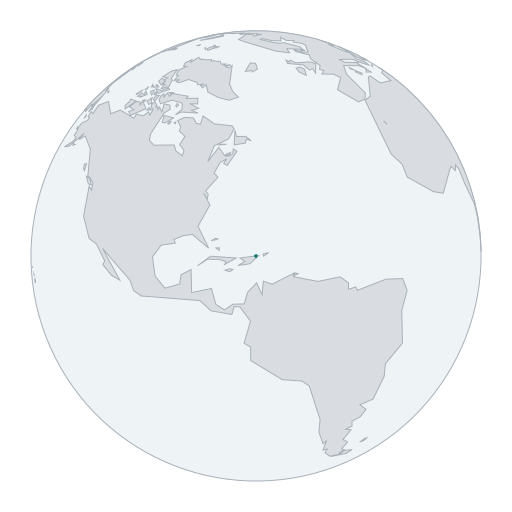 El Seybo highlighted on a globe, orthographic projection, rotated 336°
{"feature_id": "DOM-1986", "entity_name": "El Seybo", "entity_type": "Province", "adm_level": 1, "iso_a3": "DOM", "parent_name": "Dominican Republic", "parent_adm1": "", "projection": "orthographic", "projection_center": [-69.039, 18.789], "detail": "fine", "context": "on_globe", "style": "filled", "palette": "teal", "viewbox_px": 512, "rotation_deg": 336, "n_neighbors": 0, "source": "natural_earth", "source_scale": "10m", "svg_char_len": 9553}
<svg xmlns="http://www.w3.org/2000/svg" viewBox="0 0 512 512"><g transform="rotate(336 256 256)"><circle cx="256" cy="256" r="225" fill="#eef3f6" stroke="#a8b0b8"/><path d="M220.6,296.0L215.4,293.4L210.1,299.6L192.5,287.7L186.6,273.9L135.0,245.9L130.2,238.1L131.0,226.9L118.9,186.7L121.8,222.8L116.1,214.8L112.5,201.4L115.8,199.0L115.1,180.2L110.7,172.0L114.7,149.5L132.0,124.3L132.6,129.1L136.7,123.2L136.2,117.1L134.8,114.7L148.1,91.1L148.8,77.0L141.4,77.6L148.9,74.1L130.0,79.6L125.5,78.3L135.2,76.9L139.8,74.6L139.0,71.9L143.5,69.1L145.8,66.4L151.2,63.6L156.5,63.7L160.1,62.1L159.3,60.4L164.3,57.0L164.9,59.6L173.7,54.2L184.1,54.9L181.1,67.0L191.4,67.4L200.5,80.6L204.3,77.8L210.1,82.0L216.6,80.7L216.4,84.2L221.7,80.3L220.7,77.4L222.6,74.9L226.4,74.0L226.8,78.1L225.0,79.1L227.1,79.9L225.7,82.4L228.5,80.7L228.6,86.1L234.0,79.7L238.7,83.1L237.3,87.1L230.2,88.0L209.3,101.6L205.7,107.0L207.7,113.2L226.5,121.3L225.5,127.3L229.4,134.4L233.2,130.2L231.6,123.2L239.8,117.8L236.8,110.6L239.7,107.6L239.5,100.4L247.3,100.4L255.0,104.5L255.5,110.7L258.9,112.9L264.7,106.5L271.7,118.4L287.0,127.3L287.9,130.9L278.6,137.9L262.6,138.4L250.4,150.1L266.2,141.7L268.4,152.0L272.1,153.6L276.5,153.0L278.8,148.9L281.2,152.6L266.5,161.6L264.1,158.3L268.7,155.3L261.3,156.0L251.4,163.3L253.3,168.5L236.4,176.0L237.5,180.1L234.4,184.4L233.8,177.2L234.7,190.6L215.1,205.2L215.9,229.5L206.6,210.4L198.0,207.8L187.6,207.6L187.5,211.5L173.9,207.5L161.1,214.6L155.6,233.3L159.7,248.4L174.9,250.5L179.8,242.7L191.2,241.9L182.3,263.2L202.1,267.6L199.6,283.8L205.3,292.4L215.4,290.7L225.8,295.0L233.4,285.8L245.6,280.8L245.7,293.9L252.5,282.0L259.3,288.3L283.6,287.1L281.7,290.1L302.2,304.4L324.4,309.3L329.6,318.1L326.9,324.0L334.6,324.9L334.7,328.6L365.3,330.0L380.8,336.3L380.1,348.8L366.9,365.2L354.4,395.1L330.5,407.0L324.1,418.1L304.8,434.3L290.4,434.2L294.2,440.8L285.9,445.2L276.5,445.9L274.6,450.4L267.6,450.7L272.1,453.4L260.8,459.0L264.0,463.2L255.8,467.0L258.1,469.2L255.0,469.1L251.7,469.9L251.4,471.0L241.8,468.8L239.0,463.8L242.4,461.2L238.2,460.6L245.3,453.3L240.9,454.7L241.8,442.5L248.0,431.5L251.8,396.4L246.9,388.8L229.6,379.6L208.6,349.3L214.1,337.1L209.6,330.9L224.4,313.4L220.6,296.0ZM43.3,190.9L45.0,185.9L44.2,189.8L43.3,190.9ZM45.9,182.4L45.3,184.2L45.8,182.6L45.9,182.4ZM46.1,180.9L45.9,182.0L45.9,181.3L46.1,180.9ZM46.2,179.6L46.2,180.1L46.2,179.6ZM214.4,237.7L237.1,249.8L223.9,251.0L226.4,248.9L220.8,244.0L210.1,239.2L198.6,241.2L214.4,237.7ZM47.0,176.0L47.2,175.0L47.4,175.0L47.0,176.0ZM225.2,224.7L221.3,223.7L225.2,223.7L225.2,224.7ZM133.5,114.2L135.7,117.4L134.5,124.2L132.2,121.8L133.5,114.2ZM136.4,102.4L138.7,102.7L133.9,108.3L134.0,106.4L136.4,102.4ZM135.2,79.2L136.1,80.6L133.7,80.3L135.2,79.2ZM145.1,66.6L143.4,67.2L145.3,65.6L145.1,66.6ZM235.2,101.0L237.3,100.8L236.3,102.2L235.2,101.0ZM233.2,98.4L230.5,100.3L229.1,99.3L230.8,98.1L233.2,98.4ZM155.4,60.0L158.9,57.6L156.2,60.0L155.4,60.0ZM236.9,96.3L227.0,97.4L224.7,95.8L229.2,90.1L236.9,96.3ZM161.6,56.3L170.1,51.1L167.0,51.8L180.5,47.6L168.8,53.0L165.9,55.6L164.9,55.0L161.6,56.3ZM218.7,76.9L220.0,79.9L215.5,78.3L218.7,76.9ZM215.3,76.6L198.5,76.5L198.4,72.2L204.0,72.8L201.1,68.3L209.4,66.1L212.8,68.2L211.2,71.3L215.6,68.2L215.3,76.6ZM186.6,46.5L189.4,45.5L187.4,46.6L186.6,46.5ZM223.1,73.8L219.7,73.9L219.4,70.1L226.1,69.1L224.0,70.6L223.1,73.8ZM196.3,68.4L197.3,65.6L204.2,63.0L205.5,61.7L209.5,65.7L196.3,68.4ZM226.0,71.1L229.5,68.8L233.1,69.9L226.4,73.4L226.0,71.1ZM216.4,69.6L216.6,67.9L218.7,68.5L216.4,69.6ZM247.6,73.5L243.6,73.3L243.1,71.2L247.6,73.5ZM230.6,67.8L229.4,67.5L228.7,66.8L231.7,65.6L230.6,67.8ZM214.1,63.8L216.8,63.5L212.8,62.0L217.9,60.3L219.7,63.5L221.0,61.4L222.5,61.0L222.3,64.1L214.1,63.8ZM232.7,62.3L236.7,66.3L244.4,66.8L245.0,68.6L232.6,67.6L232.7,62.3ZM226.6,63.0L230.5,62.9L229.4,65.0L226.0,66.3L226.6,63.0ZM220.7,58.2L212.5,59.9L212.4,59.2L220.7,58.2ZM235.2,62.0L234.2,61.1L235.9,61.8L235.2,62.0ZM225.4,58.8L222.5,59.4L222.5,58.6L225.4,58.8ZM234.5,58.9L235.8,60.1L233.5,61.0L234.5,58.9ZM230.5,58.5L231.2,57.3L232.0,60.5L229.2,58.9L230.5,58.5ZM225.8,57.9L224.8,57.7L227.0,57.8L225.8,57.9ZM242.4,55.3L244.0,59.3L238.9,61.0L238.1,56.8L242.4,55.3ZM258.0,473.0L242.7,469.6L251.2,471.3L257.0,469.5L265.1,471.9L258.0,473.0ZM275.0,468.1L281.8,466.8L283.4,467.3L279.1,468.4L275.0,468.1ZM430.8,113.9L435.5,121.9L429.2,115.4L419.4,101.5L416.1,97.5L430.8,113.9ZM410.4,92.0L408.7,90.7L401.3,84.0L407.1,89.7L409.3,91.3L413.0,95.3L411.2,94.2L408.7,91.6L408.6,92.6L420.7,105.5L424.3,108.5L427.9,116.6L434.1,122.6L437.2,127.9L427.9,119.7L424.1,115.4L411.8,110.2L416.1,115.2L428.0,120.8L427.0,121.6L432.9,129.6L427.6,124.1L413.5,117.7L412.6,126.6L422.2,151.5L419.4,156.9L412.3,156.9L398.1,137.3L405.8,127.6L400.9,121.5L390.2,116.5L393.4,114.3L390.0,111.4L392.0,107.9L385.9,97.7L386.6,94.1L375.5,85.4L374.3,82.6L381.2,88.4L386.4,90.9L387.0,83.5L384.6,80.7L377.3,75.9L378.4,74.9L371.3,71.3L367.4,66.1L366.2,69.7L357.6,65.3L350.5,60.2L347.5,59.6L359.0,68.2L363.8,71.2L368.3,72.5L381.1,82.6L382.8,86.3L368.5,79.1L369.3,84.0L357.8,77.1L333.7,56.6L328.1,51.2L337.1,49.5L343.4,52.3L343.3,54.1L351.4,55.7L346.9,54.0L347.8,53.5L339.9,50.0L340.1,49.6L332.0,47.3L331.5,46.4L336.6,47.8L324.3,42.9L320.8,41.0L317.9,40.2L315.8,39.8L312.7,38.1L310.7,37.7L311.0,38.0L307.1,37.4L299.1,36.0L298.5,35.5L301.3,35.9L306.2,36.4L313.8,38.3L313.4,38.2L328.7,42.8L343.7,48.5L358.2,55.2L372.2,63.0L385.6,71.8L398.4,81.4L410.4,92.0ZM310.3,37.4L306.0,36.3L300.0,35.6L295.4,35.0L297.3,34.9L296.3,34.8L293.8,34.4L290.7,33.7L288.1,33.7L261.5,32.3L253.0,31.5L257.7,31.0L238.4,31.7L230.2,32.2L230.5,32.3L221.4,33.6L223.9,33.4L223.3,33.6L201.1,38.6L195.4,39.9L186.1,43.6L186.2,43.8L189.9,42.9L180.5,47.6L167.0,51.8L167.4,50.9L158.7,54.7L160.9,52.5L158.7,53.0L164.5,50.1L171.6,47.1L172.5,46.8L172.3,46.8L188.9,41.0L205.8,36.4L223.1,33.1L240.5,31.3L258.1,30.7L275.7,31.6L293.1,33.8L310.3,37.4ZM463.6,343.4L469.0,328.4L474.5,309.5L476.7,297.4L476.2,275.4L476.7,258.6L475.2,253.9L472.9,259.0L470.6,253.4L468.6,255.4L452.6,274.8L444.3,269.4L426.3,245.5L426.8,231.3L420.9,217.9L419.0,158.0L425.4,156.5L431.5,138.1L433.5,137.9L440.0,148.5L450.5,150.6L445.3,139.7L447.5,138.0L445.1,133.6L453.7,148.1L461.3,163.1L467.6,178.7L472.8,194.8L476.8,211.2L479.5,227.8L481.0,244.6L481.2,261.4L480.2,278.3L477.9,295.0L474.4,311.4L469.6,327.6L463.6,343.4ZM427.5,184.5L429.4,188.7L429.5,188.8L427.5,184.5ZM284.3,286.9L287.3,289.3L283.4,289.5L284.3,286.9ZM221.9,256.4L226.8,256.9L229.3,259.0L225.5,259.6L221.9,256.4ZM263.2,257.0L268.9,258.1L262.9,259.3L263.2,257.0ZM240.7,251.4L258.7,256.7L247.2,260.6L235.8,257.4L243.7,256.4L240.7,251.4ZM222.6,232.4L225.7,233.5L224.7,235.9L222.6,232.4ZM228.1,224.8L226.9,225.0L225.5,222.9L228.1,224.8ZM269.3,151.4L270.5,150.8L275.0,151.1L272.8,152.8L269.3,151.4ZM295.3,142.6L298.5,148.8L294.7,145.3L292.3,148.5L281.2,145.7L287.9,132.6L286.8,138.8L295.3,142.6ZM268.3,139.2L274.6,141.9L267.4,139.5L268.3,139.2ZM369.1,100.8L372.8,101.1L376.4,105.1L375.4,111.4L370.2,105.5L369.1,100.8ZM377.1,100.8L363.1,92.9L363.1,89.2L365.5,92.5L366.9,90.9L371.1,95.8L384.7,100.8L388.8,104.7L384.9,113.2L383.9,107.9L380.4,107.7L377.1,100.8ZM327.5,84.9L321.4,83.0L329.3,77.3L334.0,79.8L333.4,85.8L327.5,86.4L327.5,84.9ZM246.7,86.7L243.9,87.5L243.8,86.2L246.1,84.5L246.7,86.7ZM245.8,73.6L258.9,82.4L256.3,83.6L267.1,88.2L264.5,93.3L257.6,90.0L263.7,97.7L256.4,96.8L261.3,101.9L246.3,94.1L240.0,94.1L248.0,92.0L250.5,87.2L249.7,85.2L242.8,79.6L230.6,78.0L231.2,73.5L234.8,70.9L237.9,70.6L236.5,73.4L241.5,71.0L241.9,75.0L245.8,73.6ZM277.3,50.6L274.5,52.5L284.6,51.2L285.0,54.0L286.1,53.7L289.3,56.0L295.2,58.6L294.3,59.9L297.0,60.4L299.1,62.2L302.5,63.4L302.1,66.3L306.2,68.2L303.7,68.6L310.8,71.1L305.4,70.6L307.7,73.3L311.7,72.3L301.7,88.3L301.7,96.4L304.6,103.7L294.9,102.8L285.9,95.7L278.7,86.6L280.1,79.3L275.5,80.6L274.8,77.6L278.7,77.9L272.2,75.8L272.7,73.5L266.2,67.3L256.5,66.5L253.9,64.5L258.0,63.7L252.5,62.3L258.4,59.7L256.7,58.3L260.8,54.7L269.6,54.6L267.0,53.1L269.9,50.7L277.3,50.6ZM243.8,54.3L254.2,52.7L259.6,53.7L250.3,59.7L251.0,61.3L245.2,65.9L237.6,64.5L239.9,63.3L240.5,61.8L242.7,62.8L241.3,60.9L244.5,59.3L244.3,57.5L247.7,57.4L243.8,54.3ZM431.3,132.7L432.0,131.8L432.2,129.4L435.9,134.7L431.3,132.7ZM421.9,128.4L421.9,126.6L427.3,132.3L426.5,133.5L421.9,128.4ZM417.4,121.2L421.5,126.1L418.8,124.1L417.4,121.2ZM380.7,86.8L380.2,85.0L381.9,85.9L384.3,88.2L380.7,86.8ZM307.3,49.5L304.8,49.9L303.6,49.3L295.8,48.6L294.8,46.8L299.2,46.5L307.3,49.5ZM433.9,117.8L437.4,122.5L436.7,121.7L435.7,120.2L433.9,117.8ZM438.7,128.7L439.8,128.3L439.7,130.2L438.7,128.7ZM305.0,47.4L301.9,47.2L303.3,46.5L305.0,47.4ZM293.7,45.5L294.7,44.5L293.8,46.5L293.7,45.5ZM292.4,36.2L304.3,38.7L312.3,40.3L315.7,40.4L315.9,41.8L303.7,39.3L292.4,36.2ZM265.4,32.6L262.4,33.1L260.3,32.7L260.7,32.5L265.4,32.6ZM266.0,33.0L268.8,34.3L264.9,34.5L263.5,33.5L266.0,33.0ZM287.3,39.6L290.9,40.3L289.7,40.8L287.3,39.6ZM188.5,45.3L189.3,45.5L186.9,46.0L188.5,45.3ZM224.8,33.5L223.6,33.9L220.9,34.2L224.8,33.5ZM218.9,35.3L222.8,34.6L218.9,35.6L218.9,35.3ZM231.6,33.3L224.5,34.5L230.9,33.2L231.6,33.3Z" fill="#d9dde1" stroke="#a8b0b8" stroke-width="1"/><path d="M255.4,255.1L255.5,255.1L255.8,255.2L255.9,255.3L256.0,255.2L256.4,255.0L256.5,255.1L256.8,255.2L256.9,255.3L256.8,255.5L256.7,255.7L256.8,255.9L256.7,256.1L256.6,256.3L256.4,256.3L256.4,256.5L256.2,256.5L256.0,256.9L255.8,257.0L255.8,256.9L255.7,256.8L255.4,256.7L255.2,256.6L255.2,256.4L255.3,256.3L255.3,256.1L255.1,255.7L254.9,255.5L255.1,255.4L255.4,255.5L255.3,255.3L255.4,255.1L255.4,255.1Z" fill="#14b8a6" stroke="#0f766e" stroke-width="1.5"/></g></svg>